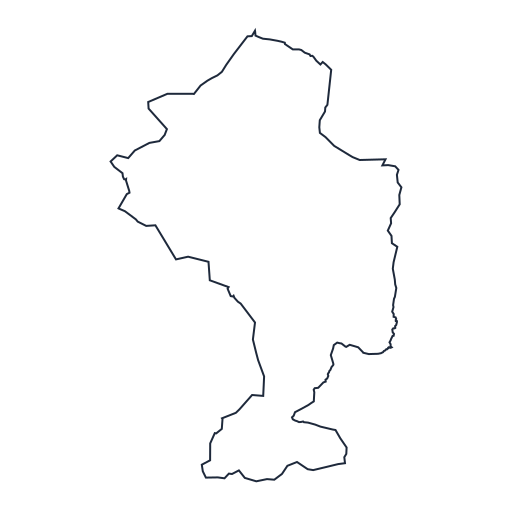 Livadi, Paphos, Cyprus
{"feature_id": "46923920B69723035623525", "entity_name": "Livadi", "entity_type": "district", "adm_level": 2, "iso_a3": "CYP", "parent_name": "Cyprus", "parent_adm1": "Paphos", "projection": "robinson", "projection_center": [32.608, 35.096], "detail": "fine", "context": "isolated", "style": "outline", "palette": "slate", "viewbox_px": 512, "rotation_deg": 0, "n_neighbors": 0, "source": "geoboundaries", "source_scale": "gbopen_adm2", "svg_char_len": 3064}
<svg xmlns="http://www.w3.org/2000/svg" viewBox="0 0 512 512"><path d="M284.8,42.7L281.5,41.7L277.5,40.8L273.6,40.1L269.8,39.4L262.9,38.7L258.9,37.1L255.5,35.6L255.1,31.4L255.0,30.7L251.8,36.1L248.0,36.3L247.5,36.3L233.9,54.0L226.2,64.9L221.9,71.8L217.4,75.4L211.9,78.1L207.4,80.7L200.6,85.5L193.9,94.0L192.7,93.8L167.4,93.8L148.2,102.0L148.6,108.6L166.9,129.1L164.6,135.1L164.4,135.3L164.1,135.6L159.4,141.1L149.4,142.9L134.8,150.5L128.2,158.1L117.2,155.3L110.6,161.5L114.3,166.9L122.5,173.2L122.9,176.6L124.1,179.2L125.3,179.5L126.1,179.0L126.0,180.5L129.2,190.8L129.5,192.7L126.8,194.1L118.5,208.4L118.9,208.6L124.9,211.2L135.9,219.4L137.7,221.6L146.2,225.9L155.4,225.3L176.0,259.4L188.1,256.7L208.5,261.8L209.8,280.3L228.6,287.1L227.6,288.7L230.7,296.1L233.0,296.5L233.6,295.8L234.4,297.8L237.9,301.7L240.7,303.6L255.0,322.5L252.9,339.5L256.2,352.9L258.1,360.1L264.1,376.4L263.7,385.5L263.2,395.9L252.1,395.0L239.4,409.4L235.9,412.8L222.0,418.3L222.5,419.1L221.8,428.9L216.2,433.4L214.8,433.1L210.2,443.4L210.1,460.3L201.8,464.7L202.8,471.3L205.9,477.6L217.8,477.4L224.5,478.3L228.9,473.6L232.0,474.0L238.9,470.4L244.8,477.9L256.3,481.3L267.0,479.1L274.3,479.7L282.0,473.9L287.4,465.8L297.0,462.0L307.7,469.2L313.2,470.1L326.6,466.9L338.1,464.1L345.0,463.2L344.3,457.2L346.3,453.9L346.6,447.5L340.3,438.3L335.5,430.0L332.6,429.5L320.4,426.6L315.2,424.6L308.0,422.6L303.9,422.2L303.1,421.5L300.9,422.0L299.0,422.1L296.9,421.1L295.2,420.6L292.8,419.3L292.0,417.3L293.7,415.7L295.0,412.2L301.1,409.0L308.4,405.0L311.1,403.1L313.8,401.4L314.3,392.2L313.7,389.7L314.7,388.2L318.2,387.8L323.4,382.4L325.7,381.6L325.5,379.7L327.2,378.5L328.3,375.9L327.8,374.2L328.3,373.1L328.9,372.6L329.4,370.9L330.4,369.9L331.5,367.1L333.0,365.3L333.4,364.7L333.3,363.6L330.8,355.1L333.1,348.5L333.8,345.1L337.2,342.6L339.6,343.2L341.5,343.5L345.3,346.5L346.2,346.9L349.7,344.8L355.2,346.4L358.2,347.3L363.4,352.7L363.4,352.8L368.9,354.1L370.9,354.0L378.0,353.8L381.0,353.2L381.5,352.9L383.0,352.2L383.9,351.0L385.1,350.5L386.3,349.2L387.0,349.3L387.6,348.7L388.5,348.1L388.3,347.6L388.9,347.2L390.6,347.8L391.7,347.3L390.6,346.3L390.6,344.2L389.5,342.3L390.6,340.4L391.0,339.2L392.6,335.9L393.6,335.8L394.0,333.9L392.7,332.3L392.3,329.5L393.3,328.3L394.7,328.3L395.3,327.9L395.1,326.1L396.2,325.0L397.0,321.8L396.8,321.0L395.8,321.0L395.7,320.0L396.2,318.9L395.6,317.4L393.6,316.8L393.7,314.0L392.2,311.7L393.5,307.1L393.1,305.1L394.0,298.8L394.9,296.8L396.3,288.0L395.2,284.4L394.8,279.6L392.8,268.7L393.6,262.2L397.3,246.8L391.9,243.2L391.5,235.9L387.8,230.6L391.1,223.3L390.7,218.1L394.8,212.0L399.7,204.3L399.3,195.0L401.4,187.3L397.7,182.5L396.9,174.8L398.5,169.9L395.2,166.3L388.2,165.1L382.4,165.4L385.5,159.3L359.7,160.0L352.6,157.1L348.9,154.9L334.2,145.9L325.5,137.1L319.9,132.9L319.3,127.3L319.8,120.2L325.0,111.5L325.3,107.5L327.4,104.8L328.1,98.4L331.2,69.8L325.6,64.3L322.7,62.0L320.4,64.5L316.3,60.7L313.4,56.7L312.3,55.8L310.5,56.0L309.6,54.4L304.8,52.7L301.3,50.0L299.0,49.4L292.8,49.4L285.0,44.1L284.8,42.7Z" fill="none" stroke="#1e293b" stroke-width="2"/></svg>